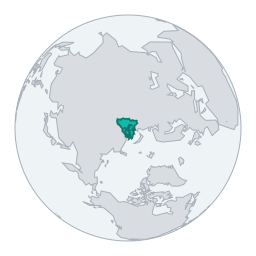 Yamal-Nenets highlighted on a globe, orthographic projection, rotated 171°
{"feature_id": "RUS-2382", "entity_name": "Yamal-Nenets", "entity_type": "Autonomous Province", "adm_level": 1, "iso_a3": "RUS", "parent_name": "Russia", "parent_adm1": "", "projection": "orthographic", "projection_center": [74.427, 67.879], "detail": "fine", "context": "on_globe", "style": "filled", "palette": "teal", "viewbox_px": 256, "rotation_deg": 171, "n_neighbors": 0, "source": "natural_earth", "source_scale": "10m", "svg_char_len": 16447}
<svg xmlns="http://www.w3.org/2000/svg" viewBox="0 0 256 256"><g transform="rotate(171 128 128)"><circle cx="128" cy="128" r="113" fill="#eef3f6" stroke="#a8b0b8"/><path d="M128.6,15.4L128.8,15.4L143.3,18.1L135.0,15.6L139.8,16.1L144.4,17.2L142.8,17.1L147.2,19.2L152.1,21.0L155.7,25.2L152.6,30.6L150.4,29.0L149.9,30.6L152.6,32.8L154.5,33.9L156.4,43.6L164.3,52.9L169.6,54.5L166.3,55.4L178.2,57.6L184.3,62.4L175.7,57.9L173.5,58.1L176.8,61.7L175.2,62.8L175.9,65.2L173.8,66.2L168.9,63.6L167.4,64.3L169.8,66.8L169.2,69.5L165.9,65.7L164.4,70.0L156.0,66.8L148.8,56.2L142.4,55.8L130.5,48.8L129.9,50.5L124.9,49.2L122.3,50.8L120.9,49.1L120.1,51.8L121.9,53.0L122.2,54.6L120.9,55.7L118.7,53.8L119.1,53.0L117.8,53.0L117.3,51.6L116.8,52.9L114.3,50.5L114.7,54.5L111.1,53.9L110.1,51.9L112.8,50.0L117.2,41.2L117.0,38.8L113.9,37.2L102.5,38.4L101.2,36.8L97.4,36.0L96.9,37.8L99.7,39.0L97.9,42.3L101.5,43.6L101.2,45.2L103.9,47.4L100.6,49.3L96.0,50.0L93.6,48.3L91.5,48.6L91.4,52.2L84.8,50.9L76.5,53.7L75.1,53.3L76.6,48.6L82.5,43.6L84.4,38.2L80.2,44.1L76.8,43.0L75.0,43.8L73.5,45.3L73.6,46.7L71.9,46.9L75.3,41.0L77.0,40.8L75.9,42.6L78.6,40.3L80.9,36.5L79.0,36.4L84.5,31.3L83.2,31.2L83.6,30.1L85.4,30.6L82.4,29.7L88.5,24.7L84.6,24.5L91.7,22.9L96.1,21.5L101.2,20.0L100.6,19.8L108.1,18.2L113.7,16.8L114.1,16.2L113.5,16.3L128.6,15.4ZM97.6,19.5L94.7,20.4L94.9,20.3L97.6,19.5ZM209.8,50.9L209.3,50.8L208.4,49.6L209.8,50.9ZM209.8,51.5L209.8,51.4L209.9,51.7L209.8,51.5ZM210.4,52.3L209.9,51.8L210.5,52.5L210.4,52.3ZM211.3,53.5L210.8,52.8L211.3,53.5ZM84.3,24.3L73.0,29.7L78.6,26.8L77.6,27.3L80.7,25.8L86.1,23.5L91.2,21.6L84.3,24.3ZM212.4,55.1L212.7,55.5L212.1,54.9L212.4,55.1ZM81.1,26.4L83.0,25.6L81.2,26.4L81.1,26.4ZM155.6,34.3L152.8,32.8L151.0,30.5L153.5,31.6L155.6,34.3ZM158.9,39.2L157.1,38.7L157.9,36.8L158.6,37.7L158.9,39.2ZM173.8,55.5L171.8,53.7L174.3,55.1L173.8,55.5ZM176.4,65.4L177.4,65.6L177.4,66.8L176.4,65.4ZM105.5,46.2L104.7,46.8L104.6,46.1L105.5,46.2ZM107.4,46.7L107.9,45.5L108.8,45.5L108.5,46.3L107.4,46.7ZM174.0,69.4L173.5,71.3L173.1,68.9L174.0,69.4ZM106.6,48.3L110.5,45.8L112.2,45.9L112.4,49.0L106.6,48.3ZM172.7,72.1L171.6,76.9L173.9,77.7L166.9,78.4L170.1,74.0L169.3,70.9L171.1,72.4L172.7,72.1ZM123.1,53.0L121.1,51.7L124.0,51.8L123.1,53.0ZM124.9,52.6L133.6,50.7L135.9,53.1L132.5,53.2L136.5,55.7L133.4,57.8L130.5,57.0L129.6,54.9L129.1,57.3L124.9,52.6ZM163.3,78.0L162.3,78.8L162.4,77.5L163.3,78.0ZM122.5,55.3L124.1,54.6L126.2,56.7L123.5,58.4L123.7,57.2L122.5,55.3ZM139.1,55.4L140.2,57.2L138.0,59.5L138.1,60.5L133.5,58.1L139.1,55.4ZM122.5,57.3L122.1,59.2L119.9,59.2L121.2,56.1L122.5,57.3ZM127.9,56.6L128.8,57.6L127.4,57.6L127.9,56.6ZM111.7,60.6L113.5,59.7L114.8,60.7L111.7,60.6ZM122.1,59.9L122.8,59.9L123.5,60.2L122.8,61.5L122.1,59.9ZM132.3,59.9L131.1,60.4L134.0,61.0L132.5,62.7L129.7,60.8L130.3,62.4L129.8,62.9L128.1,60.8L132.3,59.9ZM124.2,63.7L120.1,62.0L116.5,63.5L115.3,62.6L121.3,60.5L124.2,63.7ZM126.6,62.2L124.8,62.9L124.2,61.4L125.1,60.0L126.6,62.2ZM132.4,64.6L135.5,62.4L136.0,62.9L132.4,64.6ZM123.2,64.4L124.2,64.8L123.0,64.7L123.2,64.4ZM129.7,64.9L130.8,64.0L131.3,64.6L129.7,64.9ZM125.4,66.4L124.1,65.8L124.6,64.8L125.4,66.4ZM127.5,65.9L128.0,66.9L125.6,64.8L127.8,65.4L127.5,65.9ZM130.1,65.6L130.7,65.6L129.6,65.9L130.1,65.6ZM124.1,70.6L121.0,68.1L122.1,65.9L125.0,68.6L124.1,70.6ZM31.5,186.0L30.4,184.0L25.4,171.9L26.4,170.4L25.5,166.9L23.5,162.9L22.7,158.7L21.7,155.9L16.7,138.5L16.4,129.9L19.1,113.6L20.9,113.8L23.5,109.8L37.9,117.4L38.4,123.3L46.9,137.4L47.5,140.0L43.8,142.3L48.0,157.9L52.5,157.9L59.0,169.0L65.1,174.1L72.0,168.4L62.1,160.0L63.1,154.7L73.2,158.2L82.2,165.5L82.9,163.7L79.4,156.0L83.8,154.6L78.5,153.0L79.0,155.9L75.7,155.0L75.0,152.4L76.6,152.0L74.5,149.1L67.6,151.9L67.3,155.2L60.4,149.8L59.3,154.8L56.6,154.6L57.6,146.2L59.2,144.6L59.1,132.6L56.7,133.9L56.7,145.3L55.7,143.1L52.4,145.1L54.1,141.8L54.7,129.2L50.1,123.4L40.1,122.1L38.3,118.1L38.5,112.3L46.1,107.3L49.5,116.9L52.2,115.5L55.0,109.3L55.8,112.8L57.3,111.5L58.9,114.9L64.5,115.8L66.7,118.8L72.2,115.5L74.0,116.7L70.2,118.3L68.8,121.1L74.5,128.5L76.5,128.9L79.6,126.2L80.8,128.7L83.1,125.1L88.0,127.9L83.9,121.6L87.5,118.5L92.2,118.3L92.6,116.2L85.0,116.6L82.5,117.8L81.6,120.6L74.4,123.2L71.7,121.4L76.5,114.6L73.3,111.5L78.4,107.8L96.1,108.7L101.8,111.1L104.2,122.2L101.0,123.6L98.5,120.2L97.8,126.5L99.3,124.4L100.3,126.6L104.0,124.3L104.8,125.7L106.8,121.2L108.3,122.7L107.0,125.5L113.6,123.6L117.6,126.0L118.7,124.9L118.7,123.1L123.7,127.4L124.2,126.4L122.8,124.6L123.1,121.5L125.4,117.8L127.0,119.5L126.4,121.0L127.5,127.0L125.5,131.0L126.4,131.3L128.5,128.2L127.2,121.0L128.1,118.3L129.2,121.5L128.9,120.1L129.9,119.3L132.3,120.1L131.4,116.5L140.0,105.8L145.6,106.5L145.6,110.5L153.3,105.3L159.0,106.7L157.7,105.0L160.5,101.5L158.8,101.0L158.4,100.0L164.8,91.2L167.5,90.5L168.8,85.1L168.1,84.2L166.1,84.4L166.9,78.4L173.9,77.7L175.1,79.6L178.6,78.1L180.8,82.7L184.2,85.9L184.5,92.1L187.2,94.2L188.3,93.4L192.8,95.7L198.2,103.8L189.1,101.0L179.9,90.3L183.2,94.9L181.1,95.0L181.4,97.4L183.8,100.7L185.0,100.3L181.6,111.9L184.7,122.9L188.0,118.9L191.5,119.5L197.8,129.2L197.3,149.0L201.9,150.5L203.2,153.0L201.3,157.0L199.4,153.4L196.2,154.3L195.4,151.7L191.7,157.1L190.4,153.7L188.2,159.7L190.7,161.3L194.4,157.7L193.0,164.5L198.6,165.7L200.9,170.3L196.8,183.7L190.2,190.8L190.1,192.4L186.7,192.6L183.3,197.4L190.7,201.4L190.9,203.4L184.9,210.3L184.6,209.1L175.5,209.7L174.6,214.7L181.6,215.2L184.0,217.6L179.0,218.9L176.5,216.7L173.2,216.8L173.5,212.8L169.6,207.7L164.6,210.7L164.4,207.9L158.3,203.6L150.8,207.2L139.1,216.2L138.5,222.6L134.1,225.3L126.3,216.6L124.7,209.7L120.7,210.1L113.7,203.1L98.3,199.5L97.1,197.0L94.0,197.0L89.2,193.1L87.9,188.9L84.5,187.7L88.4,198.7L92.1,199.9L96.7,198.0L97.0,201.3L101.7,205.3L92.7,209.6L71.5,206.0L71.2,200.7L64.4,178.8L65.6,177.4L65.6,177.2L65.7,176.7L63.2,178.6L62.6,174.1L64.3,188.8L63.8,193.5L71.2,206.2L70.0,206.3L72.9,209.4L84.4,212.9L84.1,214.3L77.5,217.9L63.2,216.4L66.2,221.0L67.0,222.5L63.5,220.4L57.2,215.6L51.3,210.5L45.7,204.9L40.5,198.9L35.8,192.6L31.5,186.0ZM30.0,118.5L29.0,119.4L30.0,118.5ZM90.0,176.9L96.6,180.2L96.8,173.6L99.3,174.4L98.5,171.9L96.8,173.2L95.1,166.6L99.1,166.3L99.9,163.5L97.7,162.3L90.7,164.0L93.0,173.3L90.1,174.8L90.0,176.9ZM61.6,37.1L59.3,38.8L61.5,37.1L61.6,37.1ZM69.7,31.6L71.3,30.7L63.4,35.7L65.1,34.5L69.7,31.6ZM81.2,25.9L79.8,26.6L79.9,26.4L81.2,25.9ZM79.8,27.1L80.3,26.8L81.2,26.5L79.8,27.1ZM76.6,43.3L76.3,43.8L74.5,45.2L74.9,44.2L76.6,43.3ZM69.4,53.5L66.7,53.6L68.9,52.8L68.9,51.4L73.5,48.1L74.7,52.9L73.3,51.2L69.4,53.5ZM80.1,45.2L77.0,46.6L80.3,44.9L80.1,45.2ZM64.2,101.5L63.7,103.9L61.4,104.4L58.7,100.9L62.0,100.0L64.2,101.5ZM63.4,107.1L68.9,101.5L70.8,103.6L68.8,103.4L69.5,105.3L66.5,105.4L62.9,113.0L60.6,114.0L56.9,106.8L59.3,108.5L59.8,106.1L63.4,107.1ZM79.6,84.9L82.0,82.8L83.0,89.9L80.6,91.0L77.8,87.5L78.9,84.2L79.6,84.9ZM106.2,54.3L107.0,53.3L107.6,53.8L107.4,55.1L106.2,54.3ZM112.4,60.1L103.0,59.4L103.5,58.1L97.4,59.4L96.4,56.6L100.4,55.9L95.0,54.8L98.2,53.0L94.4,52.6L103.4,51.3L106.0,49.8L103.5,52.5L104.4,55.0L105.5,55.7L110.9,56.4L117.0,54.6L118.9,56.9L118.6,59.1L117.4,59.9L116.5,58.1L115.6,60.5L113.4,58.5L112.4,60.1ZM113.8,84.7L113.3,82.0L111.0,87.0L108.8,84.8L108.7,85.5L106.1,84.9L102.7,85.5L102.1,84.2L101.0,85.0L99.3,84.6L97.6,85.3L96.0,83.2L93.8,83.9L94.3,82.5L90.9,84.3L92.7,82.0L90.6,81.5L90.0,83.9L85.3,71.6L82.0,68.4L78.3,67.0L81.8,63.5L87.6,62.7L93.8,63.8L96.5,67.5L97.5,65.3L99.2,66.5L97.6,67.7L100.9,66.5L101.9,67.8L107.4,69.1L111.6,66.8L113.8,67.3L112.6,68.8L115.5,68.2L114.7,71.6L116.2,72.0L116.9,75.8L113.7,78.7L115.6,79.0L116.2,82.0L113.8,84.7ZM124.2,71.7L120.8,75.5L118.0,76.3L118.0,69.4L116.7,68.5L116.6,64.2L120.7,63.3L120.4,64.6L121.0,65.6L119.4,65.5L121.1,66.4L120.7,68.2L121.9,69.5L120.5,70.3L124.2,71.7ZM49.9,140.5L50.6,142.1L52.2,144.1L50.2,145.4L49.9,140.5ZM50.1,131.9L51.1,133.0L49.0,135.7L48.2,134.1L50.1,131.9ZM53.3,131.3L51.3,132.8L51.9,131.0L53.3,131.3ZM71.3,119.1L72.5,120.1L72.0,120.9L70.5,121.3L71.3,119.1ZM106.4,99.6L106.5,97.8L107.3,97.7L109.8,94.5L111.6,95.9L110.8,98.4L106.4,99.6ZM69.4,168.3L66.6,168.3L66.1,166.9L67.2,167.2L69.4,168.3ZM57.2,156.9L59.2,160.6L56.6,157.2L57.2,156.9ZM108.7,100.6L109.5,99.1L109.9,100.7L108.7,100.6ZM113.0,96.8L113.8,98.5L112.1,95.7L113.0,96.8ZM73.9,226.8L74.0,226.6L79.0,228.9L81.0,229.2L83.9,231.2L82.3,231.0L73.9,226.8ZM205.9,208.4L208.3,206.3L208.1,206.5L205.9,208.4ZM203.5,210.1L206.3,207.7L202.9,210.9L203.5,210.1ZM207.4,206.8L210.2,203.9L211.5,202.5L211.2,203.0L207.4,206.8ZM201.5,211.8L190.2,219.6L185.5,221.9L186.8,220.7L194.3,216.3L201.5,211.8ZM186.4,220.9L179.0,223.0L167.9,221.0L171.9,219.7L183.3,218.8L182.6,219.8L187.1,218.9L186.4,220.9ZM203.5,206.5L202.8,208.7L196.7,213.0L193.8,214.7L191.8,213.7L192.9,211.7L195.3,210.2L203.8,199.0L207.0,197.8L204.5,201.9L207.0,201.7L203.5,206.5ZM139.1,223.1L142.0,226.1L139.6,226.8L139.1,223.1ZM206.7,192.4L203.6,197.6L206.2,191.9L206.7,192.4ZM207.8,187.7L208.3,188.8L206.7,188.7L207.8,187.7ZM190.6,194.5L188.1,196.3L187.7,195.4L190.7,192.4L190.6,194.5ZM202.6,174.1L203.6,177.5L203.5,179.0L201.9,177.9L202.6,174.1ZM125.1,111.5L119.6,114.3L116.9,117.5L117.2,120.9L114.4,117.3L118.7,112.4L125.1,111.5ZM138.0,106.3L137.7,103.4L139.3,103.9L139.6,104.7L138.0,106.3ZM136.7,105.1L133.4,102.9L134.3,100.8L136.7,102.9L136.7,105.1ZM120.9,101.7L119.2,102.4L118.9,101.0L120.9,101.7ZM213.1,201.8L213.2,201.7L213.3,201.6L213.1,201.8ZM220.2,192.7L221.7,190.5L223.6,187.6L220.2,192.7ZM211.7,202.9L215.2,198.4L216.9,196.5L211.7,202.9ZM233.2,168.3L233.1,168.5L232.8,169.3L230.3,175.2L227.4,180.8L228.6,178.4L228.4,178.3L223.9,185.3L223.0,186.0L224.8,182.9L221.5,186.9L225.1,181.4L226.4,180.9L228.3,176.6L231.2,171.4L233.7,166.2L235.2,162.4L234.7,164.1L234.8,163.9L233.2,168.3ZM224.7,184.9L225.3,184.0L224.6,185.2L224.7,184.9ZM236.1,159.5L235.7,161.1L237.5,154.3L237.8,153.0L237.3,155.4L236.1,159.5ZM237.9,152.5L237.3,154.8L237.9,152.4L238.1,151.7L238.1,151.9L237.9,152.5ZM217.3,193.6L217.1,194.3L216.1,195.1L217.3,193.6ZM218.7,191.8L221.6,188.5L218.4,192.5L218.7,191.8ZM208.7,200.6L209.7,200.8L212.9,197.0L210.4,200.4L212.4,200.0L211.6,201.4L209.7,201.6L208.7,204.2L207.2,205.5L206.6,204.6L208.2,201.2L209.6,198.9L215.3,192.9L208.7,200.6ZM218.7,190.5L217.9,190.1L218.5,188.4L219.4,188.1L218.7,190.5ZM215.1,189.3L212.5,189.8L210.4,192.6L214.3,185.5L216.2,186.3L215.1,189.3ZM212.3,187.0L210.4,189.7L212.2,186.0L212.3,187.0ZM209.8,189.5L209.2,188.3L210.9,187.0L209.8,189.5ZM213.4,186.0L213.2,183.2L214.3,183.8L213.4,186.0ZM207.6,185.5L211.8,184.7L206.9,188.0L205.2,182.9L207.2,181.0L207.6,185.5ZM208.9,150.8L207.6,149.4L208.9,147.1L209.4,148.7L208.9,150.8ZM212.0,138.5L208.8,146.0L206.0,152.1L207.6,151.7L208.3,155.8L205.1,154.8L206.0,148.2L208.4,144.2L207.3,140.9L208.2,136.4L205.8,133.3L205.8,130.6L208.6,132.2L212.0,138.5ZM204.7,132.2L200.9,125.6L204.1,122.7L205.6,123.5L206.0,127.7L204.3,129.0L204.7,132.2ZM200.9,123.2L199.2,124.4L190.1,118.1L188.9,116.1L197.6,119.2L196.4,120.5L198.1,122.6L200.9,123.2ZM163.4,79.5L162.4,78.9L163.6,78.7L163.4,79.5ZM157.3,99.8L157.0,98.3L158.4,98.1L157.3,99.8ZM156.8,94.2L155.4,95.4L156.2,93.4L156.8,94.2ZM152.4,98.3L154.5,95.5L153.4,99.2L152.4,98.3Z" fill="#d9dde1" stroke="#a8b0b8" stroke-width="1"/><path d="M121.5,124.8L122.8,125.8L122.9,126.1L123.5,126.7L123.5,126.9L123.5,127.1L123.8,126.9L124.2,125.9L124.3,125.7L123.9,125.8L123.8,125.6L123.6,124.9L123.7,124.5L123.0,124.1L122.8,124.2L122.9,124.4L122.8,124.0L122.9,123.5L123.1,123.6L123.3,123.3L123.1,123.1L123.3,122.7L123.4,122.1L123.3,121.9L123.0,122.0L123.0,121.8L123.2,121.4L123.1,121.6L123.0,121.4L123.3,121.0L123.7,120.8L124.3,120.4L124.2,120.3L124.5,119.7L124.7,118.8L124.7,118.7L124.9,118.5L124.8,118.4L125.1,117.9L125.3,117.9L125.2,118.1L126.3,118.1L126.6,118.2L126.5,118.3L126.7,118.2L127.1,118.5L127.1,118.9L127.0,119.1L127.1,119.3L126.8,120.0L126.7,120.1L126.7,120.5L126.4,120.9L126.5,121.3L126.9,121.6L126.9,121.8L127.0,122.1L126.9,122.6L126.9,123.0L126.7,123.2L126.8,123.5L126.7,123.7L126.8,124.1L126.7,124.5L126.8,124.9L126.7,125.0L126.8,125.2L126.6,125.4L126.7,125.9L127.4,126.6L127.4,126.9L127.0,127.3L127.0,127.6L127.1,127.8L127.1,128.0L127.0,128.4L126.6,128.5L126.5,128.8L126.5,129.1L126.2,129.1L126.3,129.4L126.2,129.3L126.1,129.6L125.9,129.8L125.6,129.8L125.8,129.9L125.8,130.3L125.5,130.3L125.1,130.6L124.8,130.3L125.1,130.2L124.8,130.2L124.5,129.9L124.3,130.0L124.1,129.9L123.8,129.9L123.9,130.0L123.9,130.3L124.8,130.9L125.6,130.9L126.1,131.2L126.3,131.1L126.4,130.7L127.5,129.8L127.6,129.6L127.6,129.1L128.2,128.3L128.3,127.9L128.2,127.5L127.9,127.0L128.0,126.8L128.0,126.5L128.0,126.3L129.2,125.8L129.5,125.8L129.6,126.0L130.1,126.7L130.0,126.8L130.1,127.0L130.1,127.3L130.0,127.7L130.1,127.9L130.0,128.0L130.4,128.4L130.5,128.6L131.5,128.5L131.3,128.4L131.1,128.4L131.0,128.2L131.0,128.4L130.6,128.3L130.6,128.2L130.3,128.2L130.3,127.9L130.2,127.7L130.3,127.5L130.7,127.1L130.6,126.9L130.5,126.7L130.4,126.7L130.3,125.9L129.1,125.3L128.8,125.3L128.5,125.6L128.2,125.6L127.9,125.5L127.7,125.6L127.6,125.0L127.4,124.3L127.6,123.7L127.9,122.8L127.9,122.5L127.7,122.1L127.7,121.9L127.4,121.4L127.1,121.0L127.4,120.6L127.4,120.2L128.3,119.6L128.4,119.2L128.4,118.7L128.2,118.3L128.4,118.2L128.6,118.4L128.5,118.6L128.7,118.9L128.8,119.3L128.7,119.6L128.6,119.9L128.5,120.0L128.5,120.3L128.7,120.6L128.7,120.8L128.5,121.0L129.1,121.5L129.6,121.5L130.1,121.5L130.3,121.8L130.6,122.0L131.0,121.9L131.0,121.7L130.6,122.0L130.6,121.6L130.4,121.6L130.4,121.3L130.2,121.3L130.2,121.1L130.1,121.3L129.9,121.2L129.1,120.7L129.0,120.1L129.5,119.8L129.9,120.2L130.2,120.1L130.3,119.9L130.1,119.6L129.8,119.6L129.8,119.4L129.9,119.5L130.2,119.1L130.4,119.1L130.5,119.3L130.7,119.6L131.2,119.7L131.6,119.9L131.4,120.1L131.5,120.2L131.5,120.4L131.1,120.5L131.1,120.8L131.0,121.1L131.5,121.4L131.9,121.6L131.9,121.9L132.0,122.1L132.1,122.3L132.0,122.6L132.2,122.8L131.8,122.8L131.5,123.1L131.4,123.5L131.3,123.4L131.3,123.6L131.0,124.0L131.1,124.3L131.5,124.4L131.8,124.9L132.4,125.0L132.6,125.1L133.0,125.0L133.0,124.6L133.2,124.8L133.1,125.0L133.6,125.1L133.5,125.3L133.7,125.5L133.7,125.8L134.1,126.0L133.8,126.3L134.0,126.8L133.9,127.0L133.8,127.5L133.4,127.6L133.7,127.9L133.7,128.1L134.0,128.3L133.9,128.5L134.0,128.7L133.8,128.9L134.7,129.6L134.9,129.9L134.7,130.0L134.8,130.3L135.2,130.8L135.0,131.1L135.3,131.3L135.3,131.5L135.7,131.5L136.0,131.7L135.9,131.9L136.2,132.0L136.3,132.4L136.1,132.8L136.2,133.0L136.7,133.1L136.7,133.3L136.9,133.4L137.2,133.2L137.5,133.2L137.5,133.5L137.6,133.8L137.8,134.2L137.8,134.6L137.5,134.9L137.4,135.5L137.2,135.6L137.5,135.7L137.6,136.0L137.8,136.0L137.7,136.4L137.9,136.5L137.9,136.8L137.6,137.1L137.1,138.4L136.9,138.1L136.7,138.1L136.4,137.8L136.0,138.1L135.5,137.7L134.9,137.5L134.6,137.8L134.2,137.6L133.9,137.0L133.5,137.1L133.5,137.3L132.9,137.8L132.9,138.1L131.9,138.2L131.3,138.5L130.5,137.9L130.3,137.6L130.0,137.5L129.7,137.7L129.3,137.3L128.1,137.5L127.8,137.2L127.1,137.2L126.8,136.7L126.4,137.0L126.0,137.0L125.8,137.1L125.5,137.2L125.5,136.4L125.4,136.2L124.9,136.1L124.7,135.7L124.9,135.3L124.9,135.1L124.5,134.8L124.2,134.9L123.6,134.5L123.3,134.6L123.4,134.8L123.3,135.0L122.9,134.8L122.3,135.3L121.5,134.8L121.5,134.6L121.7,134.3L121.5,134.1L120.4,133.9L120.2,134.2L119.7,134.1L118.8,134.3L118.7,134.1L118.8,134.1L118.8,133.9L118.6,133.7L118.3,133.8L118.0,133.6L118.3,133.3L118.4,133.1L118.3,132.9L118.4,132.7L118.5,132.2L118.3,132.0L118.2,131.5L118.0,131.2L118.8,131.1L118.8,130.7L119.1,130.4L119.4,130.0L120.8,129.4L120.9,129.1L121.0,129.1L121.0,128.9L121.8,128.3L121.7,128.2L121.9,128.0L121.8,127.7L121.4,127.4L121.3,127.2L121.4,126.8L121.7,126.2L121.6,125.7L121.0,125.4L121.1,125.2L121.5,124.8ZM126.4,117.5L126.5,117.8L126.3,117.6L125.4,117.8L125.5,117.4L125.5,117.1L125.8,116.9L126.2,117.0L126.1,117.3L126.3,117.2L126.4,117.5ZM129.9,118.6L130.3,118.9L130.0,119.3L129.4,119.2L129.9,118.6ZM124.6,130.5L124.4,130.6L124.2,130.4L124.1,130.0L123.9,130.0L124.6,130.2L124.6,130.3L124.6,130.5ZM127.9,117.7L128.2,117.8L128.3,117.8L128.2,117.8L128.1,118.2L127.8,117.9L127.9,117.7ZM128.9,116.8L128.8,117.0L128.6,117.1L128.7,116.9L128.9,116.8ZM123.1,124.4L123.1,124.6L122.9,124.6L123.0,124.4L123.1,124.4ZM129.3,117.6L129.0,117.5L129.3,117.6ZM122.9,122.4L122.8,121.9L122.9,122.0L122.9,122.4ZM126.2,117.1L126.3,117.3L126.1,117.3L126.2,117.1ZM129.0,116.8L129.3,117.1L128.9,116.9L129.0,116.8ZM122.8,124.6L123.1,124.7L123.0,124.8L122.8,124.6ZM123.0,121.5L122.9,121.9L123.0,121.5ZM122.9,122.5L123.0,122.8L123.0,122.7L122.9,122.6L122.9,122.5Z" fill="#14b8a6" stroke="#0f766e" stroke-width="1.5"/></g></svg>